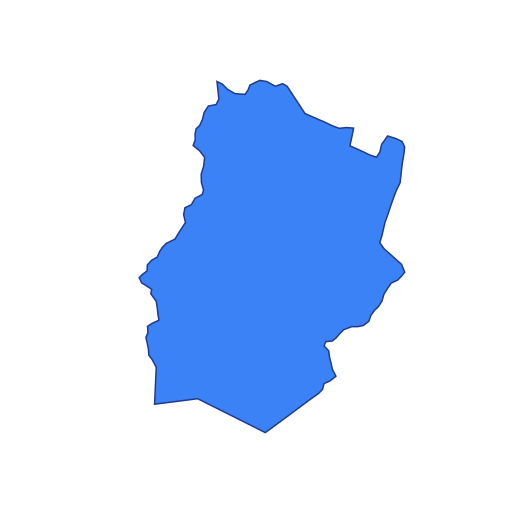 São Lourenço da Mata, Pernambuco, Brazil (Natural Earth projection), rotated 307°
{"feature_id": "56859067B70092057615278", "entity_name": "São Lourenço da Mata", "entity_type": "district", "adm_level": 2, "iso_a3": "BRA", "parent_name": "Brazil", "parent_adm1": "Pernambuco", "projection": "natural_earth1", "projection_center": [-35.088, -8.017], "detail": "fine", "context": "isolated", "style": "filled", "palette": "blue", "viewbox_px": 512, "rotation_deg": 307, "n_neighbors": 0, "source": "geoboundaries", "source_scale": "gbopen_adm2", "svg_char_len": 1814}
<svg xmlns="http://www.w3.org/2000/svg" viewBox="0 0 512 512"><g transform="rotate(307 256 256)"><path d="M371.9,119.8L359.0,131.9L352.9,133.0L347.1,127.7L339.3,128.2L333.0,131.0L326.1,132.5L321.5,131.6L316.8,133.9L312.3,137.5L306.4,139.3L306.1,147.5L303.9,155.6L295.9,160.3L288.3,163.0L281.9,168.1L277.1,174.4L272.9,176.0L265.4,172.6L258.1,173.5L251.8,170.2L245.5,173.3L240.3,179.5L228.3,180.3L220.8,181.1L212.0,176.7L206.4,176.0L201.3,176.4L195.8,177.8L189.9,175.2L183.5,174.6L178.5,178.0L173.2,176.4L168.4,175.7L165.7,180.9L166.2,186.3L166.6,192.7L162.5,194.8L159.8,203.5L155.5,208.0L150.3,212.9L146.3,217.1L139.6,213.5L134.5,211.7L130.0,215.7L124.7,217.1L121.1,221.4L116.9,226.1L112.3,230.1L110.8,235.3L107.1,243.3L76.6,264.2L106.9,295.3L112.0,323.0L118.3,357.4L120.5,369.7L141.5,376.0L171.5,384.8L184.3,388.8L189.6,389.4L195.0,387.1L200.8,390.3L208.1,392.2L211.5,385.1L215.6,380.5L219.1,376.0L224.0,371.2L225.2,364.4L229.6,363.3L234.1,368.1L238.8,369.3L243.5,369.5L250.0,370.4L257.1,374.9L260.8,379.8L265.2,383.6L271.8,385.4L278.0,383.4L284.2,383.4L289.3,384.2L295.9,383.7L302.3,381.2L310.1,380.5L315.7,380.3L322.2,383.7L327.4,384.3L332.5,384.5L336.9,377.4L337.8,366.6L338.8,354.2L341.1,346.9L348.8,344.0L360.2,338.9L372.5,335.0L378.4,333.0L384.7,331.0L392.5,328.7L401.2,327.0L416.9,317.7L423.6,314.2L428.3,311.7L432.5,309.1L435.4,303.7L433.9,296.7L431.0,288.8L426.4,289.1L420.8,289.1L413.7,292.3L407.4,292.8L405.2,286.2L403.7,278.7L402.3,272.4L400.5,264.7L409.6,260.5L416.9,257.0L413.0,250.9L408.1,245.7L406.4,240.4L405.2,235.0L404.2,229.9L402.7,223.9L400.8,216.0L399.3,209.3L410.3,178.7L409.6,173.5L403.2,169.3L401.8,159.6L398.6,153.4L394.0,150.9L388.8,148.3L383.9,149.7L378.6,150.0L375.7,145.7L373.0,141.3L372.0,133.0L373.0,125.6L371.9,119.8Z" fill="#3b82f6" stroke="#1e3a8a" stroke-width="1.5"/></g></svg>